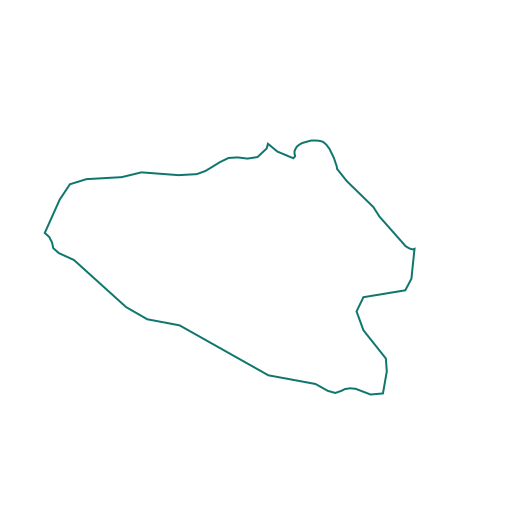 the Province of Imperia, rotated 42°
{"feature_id": "ITA-5369", "entity_name": "Imperia", "entity_type": "Province", "adm_level": 1, "iso_a3": "ITA", "parent_name": "Italy", "parent_adm1": "", "projection": "natural_earth1", "projection_center": [7.791, 43.964], "detail": "fine", "context": "isolated", "style": "outline", "palette": "teal", "viewbox_px": 512, "rotation_deg": 42, "n_neighbors": 0, "source": "natural_earth", "source_scale": "10m", "svg_char_len": 998}
<svg xmlns="http://www.w3.org/2000/svg" viewBox="0 0 512 512"><g transform="rotate(42 256 256)"><path d="M83.6,380.2L72.4,345.5L69.7,327.2L78.6,312.3L103.4,287.3L114.9,270.5L144.4,247.7L157.2,234.8L161.6,226.5L166.4,210.3L170.0,201.5L176.3,195.1L184.5,189.3L190.9,181.5L192.0,169.0L189.8,164.6L202.0,164.1L218.3,158.4L218.4,157.0L218.2,155.5L216.0,154.1L214.5,152.3L213.6,149.8L213.2,147.2L213.6,144.7L214.3,142.3L215.3,140.2L219.5,133.6L221.2,131.9L225.0,128.7L227.1,127.4L229.5,126.3L233.6,126.2L238.9,127.2L248.2,131.0L256.1,135.4L257.9,137.0L273.3,139.6L310.5,141.1L321.3,144.1L360.7,148.6L364.8,147.8L368.0,146.3L369.0,144.6L386.7,168.9L389.9,181.6L363.4,214.7L367.8,229.9L385.5,239.3L421.1,245.3L430.4,254.2L442.3,273.2L433.8,282.3L418.9,288.0L414.5,291.3L411.1,295.4L409.7,299.0L406.6,304.7L399.8,308.1L385.9,311.3L345.0,336.4L245.6,358.7L217.5,375.8L193.7,380.9L123.4,380.8L107.5,385.8L100.0,385.8L95.5,382.5L89.6,380.2L83.6,380.2Z" fill="none" stroke="#0f766e" stroke-width="2"/></g></svg>